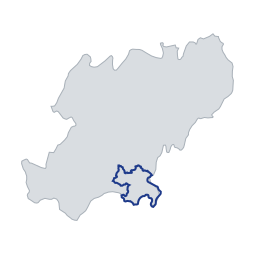 where Borski sits in Republic of Serbia, rotated 87°
{"feature_id": "SRB-125", "entity_name": "Borski", "entity_type": "District", "adm_level": 1, "iso_a3": "SRB", "parent_name": "Republic of Serbia", "parent_adm1": "", "projection": "natural_earth1", "projection_center": [22.104, 44.305], "detail": "fine", "context": "in_parent", "style": "outline", "palette": "blue", "viewbox_px": 256, "rotation_deg": 87, "n_neighbors": 0, "source": "natural_earth", "source_scale": "10m", "svg_char_len": 8105}
<svg xmlns="http://www.w3.org/2000/svg" viewBox="0 0 256 256"><g transform="rotate(87 128 128)"><path d="M147.1,93.5L154.2,95.5L157.4,97.4L159.1,99.9L163.6,101.6L170.9,102.4L176.0,104.9L178.9,109.2L183.6,108.2L190.1,101.8L196.5,100.1L202.7,103.2L206.2,105.7L206.8,107.6L205.3,108.4L201.8,108.1L198.9,109.3L196.7,112.1L196.3,115.0L197.9,118.2L200.2,120.4L203.0,121.6L204.6,123.2L204.8,125.3L205.5,125.9L203.9,126.9L202.1,128.3L201.1,130.8L200.9,134.9L195.3,138.0L193.2,138.6L192.2,140.7L190.8,146.6L191.0,151.1L191.7,153.3L192.1,155.2L193.9,157.5L195.5,160.9L196.6,165.5L199.1,169.1L205.3,172.6L208.4,174.6L210.7,177.6L212.4,180.3L217.6,183.8L217.2,186.3L216.1,188.8L214.9,190.0L212.3,193.2L209.8,195.0L205.7,200.6L199.3,200.9L197.7,201.4L195.3,202.9L194.1,205.7L195.2,208.0L195.1,210.2L193.9,214.7L195.5,219.4L197.8,221.6L198.2,222.9L197.8,225.1L194.4,229.6L193.3,231.3L189.9,232.1L188.7,231.7L187.0,230.1L185.3,229.7L181.2,231.5L177.1,232.6L173.8,231.8L170.6,231.7L168.3,232.4L166.7,232.7L163.3,234.7L158.0,236.1L155.6,235.8L154.7,234.0L153.7,231.3L154.2,230.1L157.7,228.1L158.1,226.1L163.0,216.6L163.9,213.5L164.0,212.4L162.7,211.8L160.0,211.8L148.1,207.9L148.7,203.5L145.2,201.1L141.4,199.0L140.8,196.6L136.6,191.8L133.5,189.1L129.6,187.8L126.3,185.8L124.3,184.6L123.4,182.4L123.4,181.1L122.4,179.8L120.7,179.9L118.0,181.7L114.6,183.2L114.0,184.3L115.2,187.0L116.1,188.7L115.7,190.3L114.6,192.3L108.0,196.8L107.3,198.4L108.5,200.9L107.7,202.0L102.3,203.7L102.4,202.3L102.1,200.1L99.0,197.8L94.6,195.9L84.8,189.7L81.1,188.9L77.7,188.1L72.9,185.1L70.5,184.6L67.7,182.5L61.8,175.3L56.8,171.3L53.3,169.3L52.4,167.4L52.2,165.4L52.3,164.8L55.0,161.9L57.0,161.5L59.6,161.4L61.3,162.9L63.5,163.2L64.8,161.3L65.5,158.7L65.2,155.4L59.9,147.6L55.3,142.1L54.8,140.9L55.8,139.9L57.4,139.4L59.2,139.8L63.7,140.2L68.1,139.7L69.6,138.4L69.6,136.6L68.0,135.0L63.0,130.5L59.0,126.6L54.4,123.6L50.9,122.4L49.9,120.8L49.5,119.2L49.9,116.2L50.2,112.4L51.1,110.0L54.2,105.5L57.3,100.7L59.2,96.1L60.2,91.8L59.9,90.5L58.3,89.6L55.0,88.7L50.4,89.5L46.5,91.1L45.0,91.2L44.6,89.3L45.2,88.4L46.4,88.5L47.4,88.9L48.5,88.0L49.1,85.4L47.6,76.5L50.5,75.7L50.6,74.4L50.9,73.2L53.8,74.8L58.1,74.8L61.7,74.5L62.3,73.6L62.3,72.3L61.5,71.3L60.2,70.5L59.3,69.3L56.8,68.7L49.1,65.5L45.3,62.1L45.5,58.4L46.6,56.4L47.9,55.7L47.6,55.1L43.2,53.4L41.7,51.0L43.0,48.0L40.8,41.9L38.4,38.2L40.8,36.5L41.2,34.2L41.4,32.9L42.3,32.9L46.2,31.4L47.6,30.1L48.4,28.6L49.3,28.3L51.8,29.9L54.5,30.0L57.5,29.0L59.8,27.6L62.5,26.4L63.7,25.6L65.3,24.4L68.5,20.7L72.1,19.9L76.8,20.8L82.0,21.2L85.9,20.3L95.7,21.4L97.8,22.3L99.1,23.2L101.7,26.4L104.1,30.5L107.5,32.4L111.6,34.7L113.7,36.3L116.7,41.2L119.1,43.7L119.9,43.5L120.8,42.9L121.3,42.4L122.0,42.9L122.0,44.4L122.1,47.7L121.5,51.2L122.4,54.6L122.4,55.6L121.8,56.6L121.9,57.4L122.7,58.3L126.0,60.5L129.1,63.9L132.6,66.4L135.9,67.9L138.0,68.0L141.4,70.8L148.1,72.7L150.2,73.4L151.7,74.6L152.8,75.9L152.8,77.3L151.8,78.0L150.4,79.9L149.8,82.2L148.7,82.8L147.6,82.8L146.8,83.5L147.0,84.5L147.9,85.5L149.3,86.3L152.0,87.2L154.6,88.5L154.6,89.5L154.0,90.6L150.7,91.0L148.2,91.1L147.0,91.6L147.1,93.5Z" fill="#d9dde1" stroke="#a8b0b8" stroke-width="1"/><path d="M204.9,126.4L203.1,127.2L202.7,127.6L202.0,128.6L201.3,129.3L201.2,129.4L201.2,129.7L201.2,130.0L201.3,130.2L200.9,131.8L200.8,132.5L200.9,133.0L201.2,134.2L201.2,134.6L200.7,135.5L199.9,135.6L199.0,135.6L198.1,135.9L197.6,136.6L197.3,137.4L196.8,137.9L195.8,137.9L195.1,138.0L195.1,137.8L195.0,137.6L194.9,137.5L194.7,137.4L194.6,137.1L194.6,136.8L194.6,136.6L194.4,136.3L194.4,136.1L194.4,135.9L194.5,135.7L195.0,135.5L195.1,135.4L195.4,135.0L195.6,134.8L195.7,134.7L195.8,134.5L195.9,134.3L195.9,134.2L195.7,133.7L195.5,133.3L195.4,133.1L195.1,133.0L194.6,132.9L194.1,132.8L193.7,132.7L193.4,132.5L193.2,132.4L193.0,132.0L192.8,131.8L192.7,131.7L192.2,131.4L191.9,131.3L191.6,131.2L191.3,131.2L190.9,131.2L190.6,131.3L190.3,131.4L190.2,131.5L189.9,131.8L189.7,131.8L189.3,131.8L188.8,131.7L188.7,131.6L187.8,131.6L187.7,131.6L187.4,131.4L186.9,131.4L186.6,131.3L186.5,131.2L185.9,130.7L185.5,130.3L185.2,130.1L185.0,129.7L184.8,130.1L184.7,130.4L184.6,130.6L184.5,130.8L184.2,131.2L184.1,131.5L183.9,131.7L183.6,131.8L183.2,132.4L183.2,132.5L183.2,132.8L183.3,133.0L183.5,133.1L184.0,133.3L184.2,133.5L184.3,133.7L184.3,134.0L184.3,134.5L184.2,134.9L184.2,135.0L184.3,135.1L184.6,135.4L184.6,135.6L184.8,136.0L185.2,136.5L185.3,136.7L185.3,137.0L185.2,137.4L185.2,137.5L185.3,137.9L185.3,138.0L185.2,138.1L185.2,138.3L185.0,138.5L184.8,138.5L184.4,138.6L184.2,138.7L184.1,138.8L183.9,139.3L183.8,139.5L183.7,139.7L183.4,140.0L183.1,140.4L183.0,140.7L182.9,140.9L182.8,141.1L182.5,141.4L182.4,141.6L182.3,141.9L182.1,142.2L182.1,142.3L182.2,142.9L182.2,143.2L182.2,143.3L182.1,143.6L181.9,144.0L181.7,144.2L181.1,144.5L180.7,144.6L180.3,145.4L180.1,145.9L179.7,145.6L179.4,145.3L178.0,144.7L177.7,144.6L177.5,144.4L177.4,144.4L177.4,144.2L177.3,143.9L177.3,143.7L177.1,143.4L177.0,143.2L177.0,142.9L176.9,142.7L176.7,142.4L176.6,142.2L176.5,141.9L176.4,141.8L176.3,141.7L176.2,141.6L175.9,141.6L175.7,141.6L175.3,142.1L175.1,142.4L175.0,142.5L174.9,142.5L174.7,142.5L174.2,142.3L173.9,142.1L173.7,142.1L173.2,142.0L172.9,141.9L172.3,141.6L172.2,141.5L171.9,141.1L171.6,140.9L171.1,140.6L170.9,140.3L170.7,140.1L170.5,139.8L170.4,139.7L169.8,139.6L169.3,139.4L169.2,139.4L168.9,139.5L168.3,139.7L167.9,139.7L167.5,139.7L167.0,139.5L166.8,139.4L166.7,139.4L166.1,139.6L165.9,139.6L165.7,139.6L164.9,139.5L164.9,138.8L165.0,138.6L165.1,138.4L165.4,138.1L165.5,138.0L165.5,137.9L165.6,137.3L165.6,137.1L165.8,137.0L166.0,136.9L166.3,136.8L166.5,136.6L166.6,136.4L166.6,136.1L166.9,135.4L167.1,135.4L167.6,135.2L168.2,135.3L168.3,135.3L168.5,135.2L168.8,135.0L169.1,134.7L169.6,134.3L170.1,134.0L170.6,133.8L170.9,133.8L171.0,133.7L172.3,133.7L172.5,133.7L172.8,133.4L173.0,133.1L173.1,132.8L173.1,132.7L172.7,132.5L172.6,132.3L172.6,132.1L172.6,131.7L172.4,131.2L172.5,131.1L172.8,130.8L172.9,130.7L173.0,130.6L173.0,130.3L173.0,130.2L172.9,129.8L172.9,129.2L173.0,128.5L173.0,128.3L173.0,128.1L172.8,127.7L172.7,127.4L172.7,127.2L172.9,127.0L173.0,126.9L173.0,126.7L172.9,126.6L172.6,126.5L172.4,126.5L172.2,126.6L171.6,127.2L171.4,127.4L171.3,127.5L171.2,127.5L171.0,127.4L170.7,127.1L170.4,126.8L170.3,126.7L170.3,126.4L170.4,126.0L170.4,125.8L170.4,125.6L170.3,125.2L170.3,124.8L170.3,124.7L170.2,124.3L170.2,123.9L170.1,123.5L170.0,123.3L169.6,122.9L169.3,122.7L169.0,122.7L168.8,122.6L168.6,122.4L168.4,122.3L168.1,122.3L167.3,122.5L166.8,122.6L166.7,122.3L166.5,121.9L166.5,121.7L166.7,121.3L166.7,121.2L166.6,120.8L166.5,120.7L166.1,120.4L166.0,120.2L165.9,120.0L165.9,119.7L165.9,119.4L166.0,119.3L166.0,119.1L166.2,118.9L166.5,118.8L166.7,118.6L166.8,118.5L166.9,118.3L166.9,118.2L167.0,117.6L167.0,117.4L167.2,117.2L167.3,117.1L167.5,117.1L167.8,117.1L168.3,117.3L168.5,117.2L168.9,116.5L169.3,116.2L169.6,115.8L169.7,115.6L169.8,115.6L170.0,115.5L170.6,115.6L171.0,115.6L171.3,115.4L171.5,114.9L171.6,114.7L171.5,114.3L171.3,113.9L171.2,113.6L171.3,113.3L171.3,113.2L171.5,113.0L171.6,112.8L171.7,112.4L171.7,112.2L172.0,111.9L172.0,111.5L172.0,111.3L172.0,111.2L171.8,110.7L172.2,110.4L172.4,110.3L172.7,110.3L172.8,110.2L172.9,109.8L172.9,109.7L173.0,109.6L173.2,109.4L173.6,109.0L173.9,108.6L174.3,108.2L175.6,107.0L176.4,106.6L176.6,107.3L176.8,107.7L177.3,108.1L177.8,108.3L178.2,108.7L178.6,110.3L179.4,111.0L180.4,111.3L181.3,111.4L182.3,111.2L182.9,110.7L187.8,102.6L188.1,101.7L188.7,101.3L190.5,100.9L191.4,100.5L192.9,99.0L193.3,98.6L194.4,98.7L195.2,98.8L195.9,99.2L198.9,102.2L200.4,103.3L201.8,103.9L205.3,104.3L205.9,104.7L208.1,106.9L207.8,107.9L207.1,108.6L206.1,109.1L205.3,109.2L204.3,109.0L202.8,108.0L201.8,107.7L200.9,107.7L200.1,107.9L199.4,108.4L199.2,109.4L199.0,110.3L198.7,110.8L198.1,111.1L196.6,111.1L196.2,111.3L195.9,111.5L195.7,112.0L195.6,112.8L195.6,113.5L195.7,113.9L196.6,114.7L196.8,115.1L196.9,115.5L196.8,116.3L196.8,116.8L197.6,118.4L198.7,119.8L200.2,120.9L201.9,121.6L203.7,121.9L204.5,122.2L204.8,123.0L204.7,125.6L204.9,126.4L204.9,126.4Z" fill="none" stroke="#1e3a8a" stroke-width="2"/></g></svg>